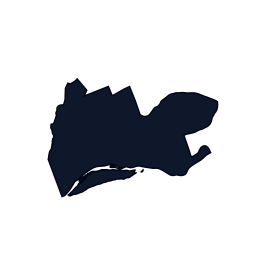 Berón de Astrada, Corrientes, Argentina, rotated 151°
{"feature_id": "61730980B95294752297782", "entity_name": "Berón de Astrada", "entity_type": "district", "adm_level": 2, "iso_a3": "ARG", "parent_name": "Argentina", "parent_adm1": "Corrientes", "projection": "albers", "projection_center": [-57.552, -27.488], "detail": "fine", "context": "isolated", "style": "filled", "palette": "ink", "viewbox_px": 256, "rotation_deg": 151, "n_neighbors": 0, "source": "geoboundaries", "source_scale": "gbopen_adm2", "svg_char_len": 5797}
<svg xmlns="http://www.w3.org/2000/svg" viewBox="0 0 256 256"><g transform="rotate(151 128 128)"><path d="M53.8,127.0L59.5,130.0L61.9,131.7L62.8,132.3L65.0,133.4L67.4,134.5L68.9,135.4L70.7,135.9L72.0,136.2L74.3,136.9L76.1,136.9L80.8,136.1L85.0,135.6L85.7,135.4L86.4,135.0L88.0,133.8L90.1,132.8L91.2,132.5L92.6,132.5L94.4,132.9L95.4,132.6L99.0,130.9L101.9,129.6L103.4,129.1L105.1,129.0L107.5,129.7L108.5,130.3L109.7,131.7L111.0,133.8L108.5,148.2L106.6,163.5L112.2,163.9L123.6,163.8L126.2,163.9L125.1,173.8L150.9,177.2L145.8,181.0L148.7,195.6L150.4,194.9L152.8,194.6L156.4,194.5L156.9,194.6L159.0,196.3L163.2,193.2L163.7,192.6L169.4,183.1L173.3,179.3L173.6,179.7L176.2,180.9L177.8,181.0L178.7,180.9L179.5,180.5L180.4,179.9L180.9,179.1L181.6,177.7L182.2,177.2L182.9,176.8L183.5,176.3L184.0,175.5L184.3,174.4L184.5,173.8L184.9,173.3L188.9,169.6L189.6,168.8L190.1,168.5L191.8,167.8L193.3,168.5L193.9,167.9L195.4,165.5L195.4,163.3L196.6,159.8L196.6,157.2L198.5,154.9L199.0,155.0L199.2,154.3L199.6,154.3L199.9,153.0L200.6,153.2L200.9,152.0L201.3,151.7L200.6,151.4L201.6,150.3L202.4,150.4L203.4,148.9L204.3,148.2L204.4,147.4L205.6,146.6L206.9,146.0L207.8,145.4L208.8,144.4L210.4,142.5L211.7,140.7L212.9,139.4L214.3,130.4L218.9,100.0L218.3,100.0L217.1,99.7L216.0,99.7L211.8,101.1L209.4,102.0L207.2,103.1L202.7,105.6L201.2,106.6L199.8,107.0L196.5,107.2L194.6,107.6L192.2,108.3L190.8,108.5L186.7,109.5L179.8,110.0L177.5,110.0L174.3,109.5L172.2,108.7L167.2,106.4L164.8,105.7L162.8,105.3L161.4,104.8L160.9,104.8L159.5,103.9L158.1,102.8L157.0,101.6L156.1,100.4L155.5,99.5L154.4,97.9L152.8,96.3L151.4,95.5L149.1,95.2L148.2,94.9L145.1,92.1L144.5,91.9L142.9,91.2L139.1,90.5L137.3,89.7L136.2,89.1L135.2,88.2L132.5,85.9L130.1,84.1L126.5,81.3L124.8,80.2L122.9,79.3L121.2,78.1L120.3,77.2L119.5,76.1L119.2,75.6L118.3,74.4L117.3,72.6L114.3,67.3L113.5,66.1L112.6,65.3L111.5,64.6L109.9,64.0L109.1,63.9L107.9,63.3L107.0,62.5L105.5,61.3L103.7,60.3L102.3,59.9L100.6,59.7L99.0,60.3L96.8,61.8L95.8,62.7L94.7,63.2L93.5,63.6L91.1,64.1L88.1,64.4L83.6,64.6L80.2,64.7L77.7,65.1L72.4,66.4L67.7,66.4L67.4,70.3L67.5,71.8L67.8,72.9L68.5,74.3L69.7,75.3L71.1,75.8L71.7,75.8L73.4,75.6L75.2,74.7L76.7,73.7L77.7,72.8L78.8,72.2L80.1,72.0L84.3,71.6L85.0,71.7L85.9,72.2L86.8,72.4L85.6,77.8L82.7,94.4L80.8,94.4L79.3,94.1L75.6,92.9L72.4,92.1L70.9,91.9L68.4,91.9L67.1,91.8L65.6,91.6L63.5,91.1L61.5,91.0L58.2,90.9L56.5,91.1L54.9,91.5L53.4,92.3L51.6,93.8L49.3,96.4L47.2,97.6L45.2,99.0L43.9,99.4L41.8,100.6L40.9,101.5L39.6,103.0L38.1,105.4L37.1,107.7L37.7,108.9L39.1,110.8L44.0,116.7L45.4,118.2L49.9,123.7L51.7,125.5L53.2,126.6L53.8,127.0ZM152.7,84.9L151.8,84.4L151.4,84.3L150.6,84.2L149.8,84.2L148.4,84.4L147.1,84.4L146.2,84.6L145.6,84.7L145.3,84.7L145.1,84.8L144.5,84.8L143.3,84.7L143.1,84.8L142.8,84.9L142.9,85.0L143.6,85.1L144.0,85.5L144.3,85.7L144.6,85.5L144.8,85.2L145.0,85.2L145.6,85.2L145.9,85.4L145.8,85.5L145.7,85.7L144.9,86.0L143.9,86.6L143.0,87.2L142.5,87.5L142.3,87.8L143.2,88.3L144.9,88.6L145.8,89.0L146.9,89.3L147.8,89.8L148.4,90.4L149.7,91.7L150.6,92.0L151.5,92.5L152.8,93.0L153.4,93.1L154.3,93.5L155.6,94.9L159.9,97.8L161.0,98.4L161.0,98.6L161.4,98.8L162.3,99.2L163.2,99.4L164.5,100.0L165.7,101.0L167.0,102.0L169.6,103.3L170.2,103.7L170.4,103.7L170.4,103.8L171.6,104.3L172.8,104.5L173.6,104.5L177.3,105.6L178.1,106.0L178.7,106.5L180.0,107.2L181.0,107.2L181.5,107.1L182.0,106.7L182.3,106.3L182.9,105.8L183.4,105.9L184.4,106.4L184.8,106.4L185.3,106.3L186.0,105.9L187.9,105.3L188.7,105.0L189.5,104.4L189.9,104.2L192.9,103.4L193.9,103.1L194.7,103.0L196.9,102.6L197.7,102.4L198.6,102.1L199.2,102.1L199.7,101.9L200.7,101.6L202.3,101.4L204.0,100.8L205.3,100.3L205.6,100.3L206.1,100.1L206.3,100.0L206.9,99.7L208.3,99.4L208.8,99.4L209.4,99.3L210.2,98.5L210.6,98.7L211.1,98.7L211.9,98.5L212.7,98.5L212.8,97.9L211.5,96.7L211.1,96.6L209.3,96.5L208.8,96.6L206.9,96.0L206.3,95.6L205.6,95.4L203.3,95.0L202.4,94.9L199.1,94.3L196.7,94.4L196.5,94.5L196.0,94.4L194.9,94.4L193.8,94.7L192.9,94.7L191.2,94.8L188.4,94.4L188.1,94.4L187.4,94.1L182.3,93.5L180.9,93.0L179.7,92.7L178.1,92.3L176.6,92.4L176.2,92.3L175.3,92.0L173.7,91.4L173.2,91.5L169.7,90.7L169.3,90.6L169.1,90.3L167.3,90.1L166.5,89.8L165.7,89.7L165.2,89.4L164.1,89.0L163.1,88.9L162.0,88.6L160.8,87.8L159.0,87.1L158.4,86.8L156.8,85.5L156.3,85.3L155.7,85.3L155.4,85.4L155.1,85.4L154.0,85.3L152.7,84.9ZM196.4,104.7L196.1,104.4L195.1,104.5L194.4,104.4L193.7,104.5L191.7,105.0L190.8,105.2L189.9,105.5L189.4,105.6L187.4,106.7L187.2,107.1L187.3,107.2L187.2,107.2L187.3,107.3L187.5,107.3L188.1,107.1L188.8,107.0L189.2,106.8L189.8,106.8L190.7,106.8L191.1,106.9L191.5,106.9L193.1,106.8L195.1,106.3L195.7,106.0L196.0,105.5L196.4,105.3L196.4,104.7ZM162.1,101.8L160.4,100.8L159.7,100.6L159.0,100.1L158.5,99.9L157.8,99.1L157.3,99.2L157.6,99.7L158.5,101.4L158.7,101.6L159.3,101.8L159.8,101.8L160.2,101.6L161.9,102.3L162.4,102.6L162.5,102.4L162.3,102.2L162.1,101.8ZM197.9,103.3L198.0,103.1L198.5,103.0L198.5,102.8L198.8,102.7L198.7,102.5L197.2,102.8L196.6,103.1L194.7,103.3L193.9,103.9L194.3,104.2L195.7,104.3L195.8,104.2L196.2,104.3L197.2,103.5L197.5,103.4L197.9,103.3ZM184.1,106.7L183.4,106.1L183.0,106.1L182.7,106.2L182.2,106.8L181.9,107.1L181.7,107.1L181.6,107.4L182.8,107.5L183.7,107.4L184.3,107.1L184.6,107.1L184.6,106.9L184.4,106.7L184.1,106.7ZM161.6,103.4L162.0,103.2L162.1,102.8L161.7,102.5L161.2,102.4L160.3,101.9L159.7,102.0L159.1,102.0L159.2,102.3L161.1,103.4L161.6,103.4ZM153.6,95.3L153.1,95.3L153.4,95.8L153.8,96.1L154.5,96.4L155.6,97.2L155.8,97.5L156.8,98.0L156.7,97.8L156.3,97.5L155.8,96.9L155.1,96.4L154.7,96.0L153.6,95.3ZM135.8,83.9L136.1,83.7L136.6,83.5L137.5,83.5L137.7,83.2L137.3,82.9L136.7,82.9L135.9,83.2L135.5,83.5L135.3,84.0L135.8,83.9ZM185.4,107.8L186.2,106.9L185.8,106.9L184.8,107.2L184.9,107.6L185.0,107.7L185.4,107.8Z" fill="#0f172a" stroke="#020617" stroke-width="1.5"/></g></svg>